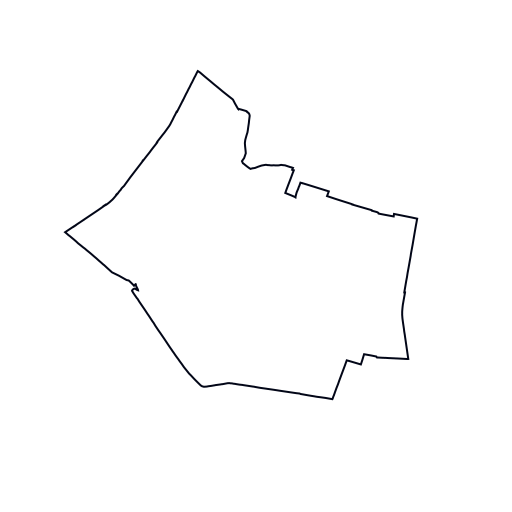 Tunari, Ilfov, Romania (Natural Earth projection), rotated 116°
{"feature_id": "2599482B63579595861696", "entity_name": "Tunari", "entity_type": "district", "adm_level": 2, "iso_a3": "ROU", "parent_name": "Romania", "parent_adm1": "Ilfov", "projection": "natural_earth1", "projection_center": [26.14, 44.567], "detail": "fine", "context": "isolated", "style": "outline", "palette": "ink", "viewbox_px": 512, "rotation_deg": 116, "n_neighbors": 0, "source": "geoboundaries", "source_scale": "gbopen_adm2", "svg_char_len": 5691}
<svg xmlns="http://www.w3.org/2000/svg" viewBox="0 0 512 512"><g transform="rotate(116 256 256)"><path d="M356.3,141.1L355.8,139.4L354.5,135.6L353.1,131.3L351.2,124.6L350.5,124.6L348.2,124.9L347.2,124.9L346.4,125.0L346.1,125.1L345.3,125.1L344.7,125.2L344.1,125.3L343.0,125.4L339.2,125.8L336.5,126.0L335.2,126.1L331.9,126.5L323.8,127.3L315.4,128.1L312.8,128.4L310.0,128.7L309.5,126.1L307.5,114.2L303.1,114.8L296.9,115.8L294.9,108.8L293.6,103.8L294.1,103.1L294.2,102.8L293.7,101.7L291.9,97.4L290.6,94.5L289.7,92.3L286.6,85.1L285.1,81.6L284.6,80.4L282.1,74.5L281.8,74.0L263.0,86.8L262.1,87.4L261.8,87.6L258.7,89.8L256.8,91.0L251.4,94.7L248.4,96.7L247.1,97.5L245.7,98.3L244.9,98.8L243.6,99.4L242.4,100.0L241.5,100.4L240.5,100.8L237.6,101.9L235.3,102.7L227.6,104.9L223.7,106.0L223.8,106.2L223.4,106.3L223.6,106.8L215.1,109.3L212.0,110.2L209.0,111.0L204.8,112.3L198.7,114.0L193.1,115.6L188.2,117.0L186.1,117.7L177.5,120.1L164.9,123.8L158.3,125.7L156.1,126.3L151.8,127.5L153.2,133.2L157.7,150.4L160.1,149.6L162.8,159.4L164.1,164.2L164.1,164.5L163.7,164.8L163.5,165.5L163.5,166.1L163.6,167.0L164.5,171.8L164.4,172.0L164.1,172.2L167.5,191.7L167.3,191.7L167.4,192.6L167.4,193.0L167.5,193.6L167.9,196.4L169.0,203.8L169.8,209.4L170.5,214.6L171.0,218.4L166.0,218.9L168.4,234.7L170.2,246.3L170.3,246.3L170.5,247.6L170.6,248.2L173.9,247.8L175.1,247.8L177.5,247.5L177.9,247.5L180.2,247.4L181.3,247.3L182.8,247.0L184.8,246.6L186.0,246.2L185.9,247.2L186.0,249.7L186.1,251.4L186.5,257.3L183.1,257.7L177.8,258.2L170.9,258.8L166.0,259.3L162.4,259.6L162.7,261.1L162.7,261.3L162.0,261.3L161.6,261.4L160.6,261.4L160.8,263.0L160.9,263.4L161.1,264.4L161.8,269.7L162.6,271.8L163.1,273.4L163.6,274.0L164.5,275.2L164.9,275.9L165.3,276.7L166.1,278.4L166.9,280.3L167.3,280.9L167.6,281.4L168.3,283.1L168.5,283.8L168.9,284.7L169.1,285.1L169.7,287.1L170.4,288.1L171.2,289.2L171.7,289.9L172.4,290.8L173.2,291.6L174.9,293.3L177.3,295.5L178.5,297.2L178.5,297.3L179.0,297.9L179.1,298.0L179.5,298.5L180.1,299.1L180.0,300.2L180.0,300.3L179.9,300.9L179.6,302.7L179.0,305.4L178.5,307.4L178.4,308.4L176.9,310.2L173.2,309.6L171.4,309.8L168.2,310.2L166.3,311.3L163.6,313.0L162.0,314.0L159.4,315.5L156.5,316.5L154.5,316.9L151.7,317.4L149.8,317.7L148.9,317.8L146.8,318.4L144.1,319.3L139.7,320.7L136.7,321.8L133.7,322.8L132.8,323.1L132.1,323.6L131.2,324.5L130.9,325.0L130.4,326.7L130.2,327.3L130.4,327.3L130.1,328.2L130.1,328.4L130.1,328.9L130.9,333.6L131.4,336.1L131.8,336.1L131.6,336.7L131.4,337.0L128.2,341.7L125.8,344.9L125.6,345.2L125.4,345.7L124.4,350.4L122.7,358.1L122.1,360.5L121.8,361.7L120.2,368.5L119.5,371.3L117.3,380.2L117.3,380.3L116.8,382.2L115.6,386.8L115.3,389.4L116.5,389.5L118.6,389.5L119.6,389.5L121.1,389.5L122.6,389.6L123.9,389.6L125.3,389.6L126.7,389.6L128.1,389.6L129.4,389.7L130.9,389.7L133.7,389.7L135.1,389.8L136.5,389.8L137.8,389.8L139.2,389.8L140.7,389.9L142.2,389.9L143.8,389.9L146.3,389.9L148.4,389.9L148.4,390.0L150.6,390.0L161.1,390.2L161.1,390.6L163.4,390.6L164.9,390.6L166.3,390.7L167.6,390.7L169.0,390.7L170.4,390.7L173.1,390.8L175.1,390.8L177.2,391.0L179.5,391.4L182.5,391.9L185.3,392.4L187.9,393.0L189.3,393.3L190.4,393.5L191.7,393.8L194.5,394.4L195.9,394.7L197.3,394.9L197.4,394.6L200.3,395.2L201.7,395.5L203.0,395.8L205.9,396.4L207.4,396.7L208.7,396.9L211.5,397.5L213.7,398.0L219.9,399.3L219.9,399.6L220.1,399.6L221.3,399.6L240.4,403.5L243.3,404.0L248.3,404.9L250.8,405.3L252.7,406.0L253.6,406.3L254.4,406.5L255.8,406.6L257.4,407.1L258.3,407.3L260.0,407.6L260.3,407.6L260.7,408.0L261.6,408.3L261.6,408.0L262.0,408.1L264.0,408.6L265.2,408.9L266.4,409.2L267.4,409.5L268.4,409.8L269.8,410.4L271.6,411.1L273.3,411.9L274.7,412.6L275.9,413.3L275.7,413.6L277.7,414.8L277.8,414.6L281.8,416.8L284.3,418.2L307.4,431.6L307.5,431.5L309.5,432.7L309.4,432.8L315.9,436.6L318.3,438.0L318.9,435.6L319.4,433.9L319.8,431.8L320.5,429.0L320.9,427.3L321.8,423.9L322.6,421.4L322.9,420.0L323.4,417.7L323.6,416.9L324.0,415.2L324.4,413.0L325.0,410.8L325.8,407.3L326.4,404.9L327.4,401.2L328.1,398.4L329.1,395.0L329.6,393.0L330.7,389.1L330.7,388.7L332.1,384.1L333.8,378.3L333.8,377.4L333.8,376.9L333.8,373.9L333.8,372.4L333.8,370.5L334.0,367.2L334.3,362.4L334.3,361.6L333.8,359.7L334.1,358.6L334.9,356.1L335.9,353.3L336.2,352.6L334.3,352.0L334.1,351.9L334.1,351.6L334.3,351.5L335.0,351.2L335.4,350.7L335.8,350.2L336.0,349.9L336.3,349.7L336.7,349.2L336.8,348.9L337.4,348.1L338.2,347.2L338.5,347.0L338.6,348.1L338.5,349.5L338.4,350.3L338.5,350.8L338.7,351.0L339.5,351.7L340.1,352.0L340.6,352.1L341.0,352.2L341.6,352.2L343.3,349.6L346.2,344.4L346.3,343.9L348.2,340.9L350.6,336.7L353.4,331.8L355.6,328.1L356.2,327.0L357.0,325.6L358.5,323.1L360.0,320.6L361.0,318.7L362.9,315.8L364.0,313.9L365.4,311.5L367.2,308.2L369.2,304.7L370.5,302.4L373.9,296.6L375.6,293.7L377.9,289.6L378.0,289.5L379.1,287.4L380.5,285.0L382.0,282.2L382.7,280.8L384.0,278.5L385.7,275.2L387.4,272.2L388.5,269.9L391.0,264.6L391.8,262.2L393.4,258.1L394.2,255.9L395.3,252.7L396.4,249.4L396.7,248.1L396.7,247.3L396.5,246.2L396.4,245.6L395.8,244.5L395.0,243.1L393.8,241.5L392.5,239.5L391.5,238.1L390.9,237.3L390.5,236.7L390.2,236.3L390.0,236.1L387.2,231.9L386.8,231.3L386.4,230.8L386.0,230.1L385.5,229.4L384.9,228.6L384.3,227.8L382.8,225.8L382.2,224.7L381.9,224.1L381.6,223.1L381.0,221.7L380.7,220.4L380.3,219.3L380.0,218.4L379.9,217.9L378.9,214.6L377.8,211.6L377.6,210.8L374.7,201.5L374.4,200.7L374.3,200.3L374.0,199.1L373.1,195.9L372.5,193.9L370.7,188.4L370.6,188.0L370.4,187.4L370.1,186.5L369.1,183.4L368.4,181.2L367.4,178.0L366.8,176.0L365.6,172.2L362.7,163.0L361.5,159.3L360.6,156.8L360.5,156.5L360.5,156.0L360.5,155.8L360.5,155.5L359.8,153.1L359.2,151.0L358.4,148.2L357.4,144.8L356.6,142.2L356.3,141.1Z" fill="none" stroke="#020617" stroke-width="2"/></g></svg>